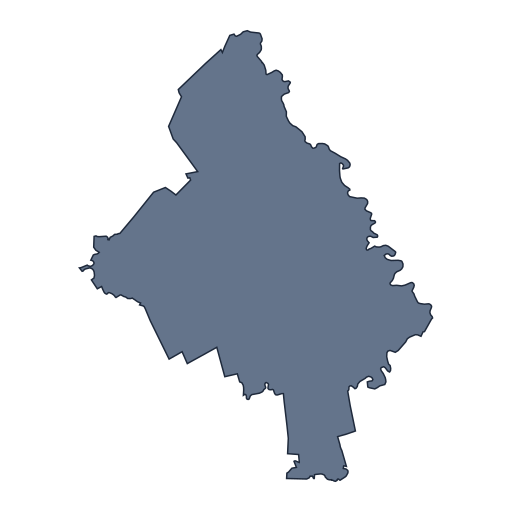 Cornesti, Dâmbovita, Romania
{"feature_id": "2599482B73260439310991", "entity_name": "Cornesti", "entity_type": "district", "adm_level": 2, "iso_a3": "ROU", "parent_name": "Romania", "parent_adm1": "Dâmbovita", "projection": "orthographic", "projection_center": [25.895, 44.77], "detail": "fine", "context": "isolated", "style": "filled", "palette": "slate", "viewbox_px": 512, "rotation_deg": 0, "n_neighbors": 0, "source": "geoboundaries", "source_scale": "gbopen_adm2", "svg_char_len": 6035}
<svg xmlns="http://www.w3.org/2000/svg" viewBox="0 0 512 512"><path d="M355.4,431.0L350.2,405.7L347.7,391.1L348.6,390.1L348.9,389.2L348.9,387.0L349.7,386.1L351.1,385.7L353.1,387.0L354.9,388.7L356.0,388.3L357.3,386.5L357.8,384.0L359.9,381.5L365.3,378.3L366.4,377.2L368.6,376.3L370.8,376.9L372.2,378.0L372.9,379.6L372.0,380.9L369.4,381.2L367.3,381.9L367.8,387.0L369.2,387.7L374.8,388.9L377.5,387.5L379.7,385.9L384.8,384.5L385.9,381.9L385.7,379.8L385.2,377.6L383.3,373.6L381.3,370.8L380.6,369.0L381.2,367.6L383.7,366.7L385.3,367.8L387.6,370.9L389.1,371.8L389.6,372.0L390.5,370.6L390.7,368.4L390.1,365.5L388.6,364.2L387.6,360.9L386.7,356.7L386.9,352.7L387.9,351.1L390.0,350.4L395.3,352.3L398.2,350.5L405.7,341.9L407.3,338.8L409.5,337.2L415.3,334.7L417.5,334.8L421.0,336.3L423.0,331.9L424.5,331.6L431.5,319.1L432.6,318.0L432.1,316.5L430.7,314.9L429.9,312.7L430.1,310.7L431.4,307.6L431.6,306.2L430.9,305.0L429.5,304.0L428.5,303.8L424.4,304.2L420.4,303.6L418.4,303.0L417.5,301.9L414.7,296.2L413.9,293.8L412.1,291.4L412.1,290.7L413.8,287.2L414.2,285.4L413.8,283.9L412.5,282.7L411.9,282.5L410.6,282.7L405.1,285.1L401.6,285.9L396.6,285.3L392.6,285.6L391.0,285.1L390.2,284.2L390.0,283.4L390.2,282.8L392.2,280.6L393.4,278.4L394.3,274.8L394.9,273.5L396.7,271.8L400.1,270.3L401.7,268.9L402.9,266.8L403.0,264.0L401.9,261.4L401.0,260.8L398.1,260.3L391.0,260.5L387.1,259.3L385.2,257.7L384.2,255.5L386.1,254.0L387.8,253.8L389.1,254.3L390.1,255.4L391.5,256.2L393.1,256.1L394.4,255.5L395.2,254.1L395.7,252.2L395.2,251.5L388.2,246.2L385.8,245.3L383.3,245.6L380.9,246.8L379.1,247.1L376.3,246.9L374.7,246.1L371.0,248.4L369.0,249.1L368.1,249.9L367.1,250.1L366.5,249.6L366.2,248.5L366.7,246.8L367.7,244.9L369.1,242.8L367.4,240.8L366.8,239.4L366.8,238.5L367.4,237.2L368.4,236.5L370.1,236.2L371.0,236.4L373.2,237.5L377.2,237.2L377.6,236.6L377.6,235.5L377.2,234.8L373.6,233.0L372.6,231.8L371.0,230.7L370.4,229.6L370.4,227.3L370.9,225.7L371.9,224.8L375.0,223.0L375.4,222.5L375.4,221.7L374.6,220.7L371.2,220.6L370.7,220.3L370.3,219.2L370.3,218.3L371.7,214.1L371.5,213.3L370.7,212.7L366.4,210.8L364.9,209.2L365.1,207.8L367.6,203.5L367.7,201.7L367.2,200.2L366.1,199.1L364.3,198.1L361.1,197.9L357.2,198.2L349.6,196.6L348.0,194.7L347.6,193.2L347.7,192.2L348.1,191.2L348.7,190.6L349.8,190.2L349.8,189.2L348.0,187.7L344.6,185.5L341.9,182.4L341.2,180.7L340.2,177.9L339.9,176.0L339.5,170.4L339.6,163.6L340.5,163.0L341.3,163.1L342.1,163.5L343.0,164.5L343.5,165.4L343.5,166.2L342.6,168.6L342.8,168.9L343.3,168.9L348.1,167.9L349.1,167.2L349.6,166.6L350.0,165.4L350.1,164.5L349.8,163.1L347.5,160.3L345.5,158.9L340.7,156.7L335.4,153.4L330.4,150.7L329.2,149.1L328.5,147.0L327.8,145.8L324.7,143.9L322.3,143.5L318.4,143.6L317.1,144.5L316.3,146.8L315.6,147.5L313.8,148.2L312.8,148.2L311.5,146.8L310.5,144.5L309.6,143.9L307.0,143.1L305.2,141.7L304.8,140.6L305.2,139.2L305.1,136.7L302.0,131.8L295.9,126.8L292.8,125.7L289.8,123.0L288.4,120.8L286.3,116.3L286.4,111.8L284.1,106.5L283.8,104.7L283.2,103.3L281.6,100.5L281.4,98.8L281.5,96.6L282.4,95.7L284.3,94.1L288.6,92.6L289.4,91.5L289.2,90.7L288.1,88.7L288.0,87.0L288.3,85.9L290.2,83.0L290.3,82.2L288.5,80.9L285.0,81.6L283.8,81.5L282.7,80.7L282.0,79.5L282.4,76.6L282.3,74.9L280.3,72.4L278.2,70.9L276.1,70.2L274.0,71.0L272.0,72.3L267.1,74.6L266.3,74.3L266.0,73.9L265.8,70.3L264.2,65.1L262.5,62.7L261.9,62.6L261.7,61.6L257.3,56.5L256.9,55.3L257.3,54.5L259.6,52.4L261.2,49.8L261.4,48.5L261.3,46.2L260.4,44.0L260.5,43.0L261.9,41.0L262.1,38.8L260.4,34.1L259.7,33.3L258.9,33.0L250.6,32.1L247.3,30.7L243.2,31.8L240.6,34.3L236.6,36.3L235.2,35.9L234.0,34.1L229.8,35.4L224.8,46.4L222.4,52.5L220.9,49.6L205.5,63.5L178.3,89.5L179.1,92.8L181.5,96.8L168.6,126.4L173.2,139.0L176.7,142.8L197.7,171.6L186.0,173.9L187.9,178.1L189.8,177.8L190.6,180.1L175.9,195.0L171.1,191.3L165.4,187.5L153.6,192.2L133.7,217.0L119.9,233.4L118.0,233.7L117.5,234.2L114.6,234.4L112.7,236.1L110.2,237.3L109.1,239.9L107.8,239.6L108.1,238.4L107.4,237.1L106.2,236.2L99.0,236.7L97.1,236.5L96.0,235.9L94.1,236.4L93.7,247.2L95.8,250.2L99.2,252.3L98.3,253.3L96.9,254.0L94.6,254.4L93.3,255.0L90.8,260.2L92.6,260.7L93.6,261.8L94.0,262.9L93.9,263.8L92.5,265.5L90.5,266.4L88.1,265.8L87.2,265.1L81.1,267.6L79.4,267.9L82.1,271.3L83.0,271.1L84.2,269.7L85.3,269.0L88.4,268.2L89.5,267.9L91.0,268.2L92.5,269.1L93.4,270.2L94.1,271.8L94.5,275.4L94.0,278.0L91.4,279.9L97.3,288.8L101.6,286.5L102.8,289.5L104.2,292.4L104.9,293.2L106.4,294.1L107.5,293.7L108.0,292.9L108.6,292.6L109.6,292.7L112.1,293.8L113.6,294.9L114.6,295.9L115.2,296.9L116.0,297.5L120.1,295.0L121.0,294.9L123.8,296.5L125.7,297.0L127.7,298.5L130.4,298.6L132.3,298.1L137.7,301.8L140.6,303.0L139.6,304.9L143.1,305.9L144.1,306.5L145.3,308.8L150.3,320.8L169.1,359.1L182.1,351.7L187.3,363.6L216.8,347.3L224.8,376.7L237.3,373.8L239.7,381.9L241.8,382.7L243.2,385.2L243.6,387.4L243.7,390.0L243.4,395.3L244.9,394.3L245.8,394.7L246.4,396.1L246.4,398.1L247.2,399.3L248.6,399.4L249.2,398.9L250.3,395.9L251.8,394.6L259.4,393.2L262.0,392.0L263.1,391.0L263.8,389.6L265.5,388.2L265.7,387.6L265.6,387.0L265.1,385.8L264.8,384.2L265.4,382.9L266.2,382.5L268.0,383.4L268.5,384.4L268.0,387.6L268.0,388.4L268.4,389.0L269.0,389.5L269.9,389.7L271.0,389.8L272.3,389.4L273.4,389.9L274.6,393.4L275.4,394.5L276.0,394.9L277.6,394.9L281.8,393.6L283.4,393.6L284.1,401.1L287.0,425.8L288.3,438.3L287.6,453.7L298.6,454.5L299.3,462.2L299.2,462.5L295.5,460.9L294.3,461.0L294.0,461.3L296.4,467.4L291.9,468.2L288.5,472.1L286.9,473.1L286.6,478.5L306.7,479.0L309.2,477.8L310.2,476.1L311.1,476.3L312.1,476.0L312.8,476.6L313.1,477.7L313.7,478.5L314.1,478.6L314.3,478.4L314.5,474.7L315.8,474.4L320.6,473.9L322.2,474.1L324.2,475.0L324.9,475.8L325.2,476.9L327.4,479.2L329.3,479.8L331.5,479.7L331.5,480.2L332.9,480.3L334.1,481.0L335.5,481.3L337.1,480.4L337.1,479.7L337.7,479.1L338.6,479.1L339.5,480.0L340.1,480.2L345.2,476.9L346.2,476.0L347.9,472.9L348.0,471.1L347.6,470.3L346.0,469.0L343.3,468.5L343.6,466.0L343.9,465.8L346.4,466.4L341.7,450.1L341.4,449.8L340.3,446.9L339.9,444.6L337.6,436.6L346.8,434.0L355.4,431.0Z" fill="#64748b" stroke="#1e293b" stroke-width="1.5"/></svg>